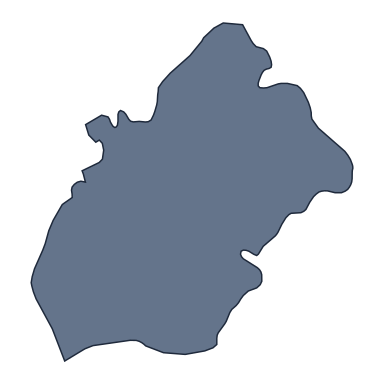 the border of Longford
{"feature_id": "IRL-731", "entity_name": "Longford", "entity_type": "County", "adm_level": 1, "iso_a3": "IRL", "parent_name": "Ireland", "parent_adm1": "", "projection": "orthographic", "projection_center": [-7.669, 53.73], "detail": "fine", "context": "isolated", "style": "filled", "palette": "slate", "viewbox_px": 384, "rotation_deg": 0, "n_neighbors": 0, "source": "natural_earth", "source_scale": "10m", "svg_char_len": 2201}
<svg xmlns="http://www.w3.org/2000/svg" viewBox="0 0 384 384"><path d="M344.8,151.3L347.8,155.2L350.4,159.5L352.3,164.5L352.7,166.1L352.8,167.4L352.8,168.6L352.4,170.0L352.2,172.2L352.1,178.8L351.7,182.0L350.7,184.8L349.4,187.1L347.7,189.4L345.1,191.2L341.5,192.7L335.0,192.7L327.6,190.9L324.5,190.8L321.5,191.2L319.0,192.0L316.3,194.0L313.6,196.6L309.7,202.3L305.9,209.5L303.8,211.3L300.9,212.7L291.1,213.3L288.8,214.7L285.9,217.7L281.8,224.3L278.0,232.2L276.7,234.2L275.4,235.8L263.2,246.3L258.4,254.1L256.7,255.5L253.8,254.3L248.8,251.2L246.1,250.3L243.4,250.1L241.1,251.2L240.5,254.2L241.5,256.7L243.3,258.8L257.5,267.8L259.5,269.7L260.9,271.9L261.7,274.7L261.8,281.3L260.2,284.7L256.7,287.9L248.3,291.0L243.3,295.5L240.6,299.2L238.6,302.6L236.1,305.6L231.8,309.4L229.8,312.6L226.2,321.4L224.7,323.9L218.3,332.7L217.2,335.1L216.8,338.3L216.8,344.5L213.0,347.8L204.8,350.9L185.2,354.4L163.5,352.7L145.7,345.9L143.9,344.2L141.7,342.6L139.2,341.3L136.2,340.4L130.1,340.3L93.0,345.6L84.9,348.8L64.7,361.0L52.3,328.8L36.1,298.9L33.4,291.8L31.8,285.8L31.2,282.7L32.2,276.7L34.5,268.8L42.7,250.3L45.2,243.7L48.8,230.7L53.2,220.3L62.3,204.5L72.2,197.5L72.1,194.1L71.5,190.2L72.1,187.1L74.3,184.4L77.3,182.2L80.9,181.2L85.4,182.1L83.3,173.9L82.1,170.8L99.2,162.5L102.4,159.2L103.7,150.2L102.3,143.3L99.3,140.1L95.8,142.2L88.8,135.1L85.6,124.6L101.6,115.2L108.0,116.9L109.5,119.3L110.4,122.0L111.8,124.5L113.0,126.3L114.8,127.5L115.9,127.2L117.4,125.4L118.0,121.3L118.0,114.4L118.8,111.9L120.5,110.5L123.7,111.9L125.8,114.2L128.8,119.3L130.6,121.2L133.4,121.9L139.3,121.4L145.4,122.0L148.3,121.7L151.1,120.0L153.5,115.1L154.8,111.5L156.7,105.0L157.3,101.7L157.7,94.8L158.2,91.3L158.4,87.7L162.7,81.5L170.3,73.1L190.0,55.6L201.8,41.2L203.7,37.7L213.9,28.1L223.2,23.0L242.6,24.7L251.2,40.6L253.2,43.6L256.2,46.7L263.4,48.6L266.7,51.1L269.7,57.1L271.1,61.2L271.6,64.8L271.1,67.3L269.0,68.5L266.4,69.1L264.1,70.3L262.4,72.5L261.1,75.0L259.0,80.4L258.2,83.2L258.2,85.9L259.8,87.7L263.6,88.0L267.0,87.7L278.2,83.9L281.2,83.4L287.4,83.4L297.2,85.6L300.4,88.3L303.7,92.6L308.3,102.2L310.2,107.7L311.2,112.5L311.3,116.0L311.9,119.1L318.4,128.2L344.8,151.3Z" fill="#64748b" stroke="#1e293b" stroke-width="1.5"/></svg>